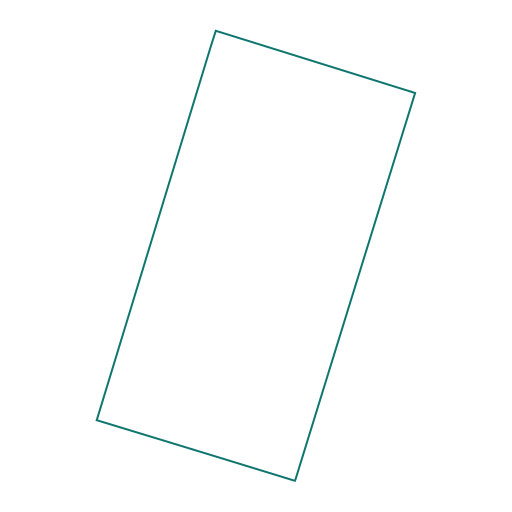 Logan, North Dakota, United States of America, rotated 107°
{"feature_id": "52423323B86928550468841", "entity_name": "Logan", "entity_type": "district", "adm_level": 2, "iso_a3": "USA", "parent_name": "United States of America", "parent_adm1": "North Dakota", "projection": "equal_earth", "projection_center": [-99.372, 46.458], "detail": "fine", "context": "isolated", "style": "outline", "palette": "teal", "viewbox_px": 512, "rotation_deg": 107, "n_neighbors": 0, "source": "geoboundaries", "source_scale": "gbopen_adm2", "svg_char_len": 271}
<svg xmlns="http://www.w3.org/2000/svg" viewBox="0 0 512 512"><g transform="rotate(107 256 256)"><path d="M459.6,153.1L457.8,152.9L268.8,152.3L53.6,151.5L52.4,360.3L70.1,360.5L459.6,360.3L459.5,256.2L459.6,153.1Z" fill="none" stroke="#0f766e" stroke-width="2"/></g></svg>